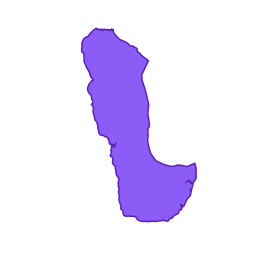 South Erromango, Tafea, Vanuatu (Robinson projection), rotated 51°
{"feature_id": "77236927B89058038610930", "entity_name": "South Erromango", "entity_type": "district", "adm_level": 2, "iso_a3": "VUT", "parent_name": "Vanuatu", "parent_adm1": "Tafea", "projection": "robinson", "projection_center": [169.191, -18.905], "detail": "fine", "context": "isolated", "style": "filled", "palette": "violet", "viewbox_px": 256, "rotation_deg": 51, "n_neighbors": 0, "source": "geoboundaries", "source_scale": "gbopen_adm2", "svg_char_len": 5849}
<svg xmlns="http://www.w3.org/2000/svg" viewBox="0 0 256 256"><g transform="rotate(51 128 128)"><path d="M42.4,77.6L42.2,77.9L41.5,78.1L41.4,78.2L41.6,78.5L41.3,78.4L41.3,78.8L40.7,78.8L40.7,79.2L41.0,79.1L41.2,80.0L40.8,80.7L40.3,80.9L40.1,80.7L39.8,80.8L39.5,81.4L38.8,81.7L38.9,81.9L38.7,82.1L38.9,82.3L38.8,82.7L38.2,83.2L37.8,83.1L37.7,83.4L37.6,83.5L37.3,83.5L36.9,83.7L36.9,84.1L36.6,84.1L36.5,84.4L36.3,84.5L36.2,84.9L36.5,85.1L36.5,85.4L36.3,85.5L36.1,86.1L35.8,86.0L36.0,86.5L35.7,86.5L35.3,86.4L35.2,86.3L34.8,86.4L34.4,86.6L34.2,86.8L34.1,87.2L33.9,87.5L34.2,88.2L33.8,88.2L33.5,88.5L33.2,88.6L32.8,88.8L32.7,89.1L32.2,88.9L31.9,89.3L31.9,89.6L31.7,89.8L30.9,89.6L30.4,90.5L30.5,90.8L30.1,92.7L30.3,93.4L30.2,94.0L30.6,95.5L30.6,97.1L30.8,97.8L31.1,99.5L31.4,100.7L31.7,101.1L31.5,101.5L31.4,102.2L31.1,102.7L31.1,104.0L30.7,105.4L31.9,108.6L32.7,109.7L32.9,110.3L36.2,112.8L36.9,113.8L37.4,114.2L38.0,114.9L38.5,115.3L39.6,115.8L40.1,115.9L41.6,115.6L42.7,115.7L43.2,115.9L44.3,117.0L45.6,117.9L46.5,118.4L47.5,119.2L48.2,120.0L49.2,120.5L50.3,120.7L51.9,121.2L53.0,121.3L55.2,122.3L57.0,122.2L58.0,122.6L58.8,122.6L59.5,122.9L61.4,123.2L61.9,123.7L62.6,124.1L63.4,124.1L64.5,124.6L65.4,124.7L66.1,124.9L67.0,124.7L67.4,124.9L67.7,124.6L68.2,124.4L68.6,124.5L68.9,124.8L69.1,125.4L68.5,126.5L68.5,127.2L69.5,130.9L70.0,131.4L70.8,133.2L72.0,134.6L72.6,135.2L74.7,136.0L75.8,136.0L77.0,136.5L77.7,136.2L79.4,136.1L80.3,136.7L81.3,137.1L82.8,138.0L85.5,138.6L86.2,139.1L86.7,139.9L86.6,140.4L86.5,140.8L86.7,141.7L88.0,141.4L88.9,141.9L90.4,142.0L91.3,142.7L92.4,144.1L93.1,144.8L94.8,145.7L96.5,146.3L97.9,146.9L99.4,147.9L101.2,148.5L102.1,148.7L103.4,148.5L103.9,148.5L105.8,149.4L106.6,149.9L107.0,150.0L108.3,151.0L108.7,151.1L109.4,151.7L110.4,152.0L111.0,152.2L112.1,153.1L113.5,153.7L113.8,153.7L115.4,154.1L117.7,152.6L117.8,152.3L118.2,152.1L119.2,151.5L119.6,151.5L120.8,151.0L121.1,150.5L121.3,150.5L121.4,150.3L121.7,150.1L122.3,150.1L122.9,150.0L123.7,150.4L124.7,150.0L125.0,150.1L125.1,150.4L125.5,150.8L126.7,151.2L127.2,151.5L127.9,151.8L128.4,152.3L128.6,152.4L129.0,152.2L129.2,151.8L130.2,151.5L130.5,150.8L131.3,150.2L131.7,150.2L132.5,150.6L132.9,150.6L133.2,150.4L133.4,150.0L133.0,149.3L133.2,149.2L131.7,146.5L133.2,148.8L133.5,149.9L133.6,150.0L133.5,149.5L133.7,149.9L133.6,150.2L133.3,150.6L132.6,150.9L131.9,150.5L131.4,150.5L131.2,150.9L130.9,151.2L130.9,151.5L131.3,151.8L131.7,152.0L131.9,152.5L132.3,152.5L132.7,152.7L134.5,155.4L135.4,155.4L135.7,155.6L136.2,156.3L137.3,157.0L137.6,157.7L138.0,159.0L139.0,159.3L139.5,159.2L139.8,158.9L140.3,158.6L142.4,158.8L142.7,159.1L142.8,159.6L143.8,160.2L144.5,161.3L145.2,161.9L146.6,162.3L147.5,162.2L148.7,162.1L149.5,162.1L150.2,162.3L151.3,163.2L153.0,164.0L154.4,164.8L155.2,165.5L156.7,166.1L157.5,166.6L158.7,166.8L159.7,166.7L161.7,167.0L162.7,167.6L163.6,169.1L164.6,170.2L166.6,171.6L167.5,172.3L168.1,172.4L168.3,172.8L168.5,173.0L169.2,172.8L169.8,173.2L170.8,174.3L170.8,174.6L171.1,175.1L171.7,175.5L172.9,176.5L174.5,177.0L175.7,178.0L176.3,178.3L177.1,179.4L178.4,180.4L179.7,181.0L180.1,181.0L180.5,181.3L181.8,181.7L182.7,182.1L183.3,182.1L184.2,182.3L184.6,182.8L185.2,183.8L186.1,184.4L186.7,184.5L188.5,184.2L189.3,184.3L190.8,185.0L191.1,185.4L191.4,185.5L192.3,185.9L193.3,186.1L194.8,185.6L195.3,185.0L195.6,184.4L196.5,183.7L196.8,183.0L197.3,182.3L198.0,181.9L198.2,181.6L198.5,181.4L199.4,180.0L199.8,179.5L201.6,178.2L202.6,178.0L203.8,178.1L204.6,178.3L205.5,178.2L207.2,177.5L208.0,176.8L209.0,176.3L211.0,174.2L211.1,173.7L211.7,173.0L211.9,172.7L212.4,172.5L213.5,171.1L214.0,170.7L214.5,169.5L214.9,169.1L215.1,168.5L215.6,168.2L215.7,167.6L216.0,167.2L217.1,166.5L217.2,166.2L217.7,165.7L218.2,165.2L218.7,163.9L220.1,162.1L220.5,161.2L221.3,160.1L221.5,159.3L222.1,158.1L222.9,157.9L223.4,157.5L224.1,157.1L225.2,156.0L225.4,155.5L225.6,154.8L225.1,153.6L224.8,153.1L224.8,152.9L224.7,152.2L225.2,151.9L225.7,150.3L225.3,148.2L225.1,147.6L225.1,147.1L225.3,146.5L225.3,146.1L225.8,144.2L225.9,142.9L225.8,142.3L225.5,142.0L225.6,141.7L225.0,141.4L224.6,140.9L224.7,140.7L224.3,139.7L224.3,138.9L224.7,138.5L224.6,138.2L224.7,137.9L224.9,137.8L224.3,137.5L224.2,137.0L224.2,136.3L223.8,135.6L223.2,135.3L222.6,135.7L222.1,135.6L222.0,135.4L222.0,134.8L221.8,134.8L221.2,135.1L220.4,135.7L220.9,135.1L221.6,134.5L222.2,134.7L222.5,135.0L222.9,134.9L223.3,135.0L223.7,134.4L223.8,133.5L223.6,132.9L222.2,130.8L221.6,129.0L220.6,127.2L220.6,126.8L220.2,125.0L220.0,123.4L219.7,122.7L219.8,122.1L219.3,121.5L218.6,120.8L218.2,120.1L217.3,119.2L216.9,119.0L216.5,119.1L216.8,118.5L216.3,117.8L215.8,117.7L215.2,117.8L215.6,117.2L215.6,116.8L214.3,115.3L213.2,113.4L212.2,112.8L211.3,113.0L210.7,113.5L210.5,114.0L210.0,114.2L209.5,113.6L209.2,113.4L208.1,113.3L207.0,113.8L207.0,114.0L207.2,114.9L206.8,115.9L207.0,116.5L206.9,116.7L206.7,115.8L207.1,114.8L206.8,113.9L207.9,113.2L209.2,113.2L209.7,113.4L210.2,113.2L210.7,112.7L211.3,112.5L211.8,112.6L211.8,112.0L211.5,110.9L210.9,109.8L210.8,108.8L210.3,107.7L210.2,107.2L208.8,105.7L208.6,105.7L207.8,105.2L207.5,104.9L206.7,104.2L206.3,104.2L206.3,103.9L205.3,103.0L205.2,102.7L203.9,102.3L203.9,101.9L203.4,101.3L201.4,100.1L201.2,100.2L200.2,99.4L200.0,99.5L199.6,99.3L199.3,99.4L198.6,99.0L197.9,99.4L198.0,99.2L197.9,98.9L198.0,98.5L197.6,98.2L197.4,98.5L196.9,100.4L195.9,103.4L195.7,105.6L193.1,108.1L190.6,110.0L187.9,113.0L186.4,116.8L183.8,119.6L181.3,121.5L177.8,123.7L173.1,125.9L171.0,127.0L162.0,126.4L153.0,122.4L149.2,120.0L147.1,117.7L141.2,113.1L140.2,110.2L134.8,106.7L129.5,103.8L123.1,97.4L116.2,93.9L108.7,90.4L99.6,86.9L95.4,84.0L88.6,69.9L85.6,70.4L81.9,71.4L79.7,71.8L78.0,71.8L73.9,72.5L72.7,71.2L71.3,71.2L69.7,72.0L67.9,72.3L65.7,74.5L61.2,75.1L57.5,76.8L53.9,78.8L45.4,79.4L42.4,77.6Z" fill="#8b5cf6" stroke="#5b21b6" stroke-width="1.5"/></g></svg>